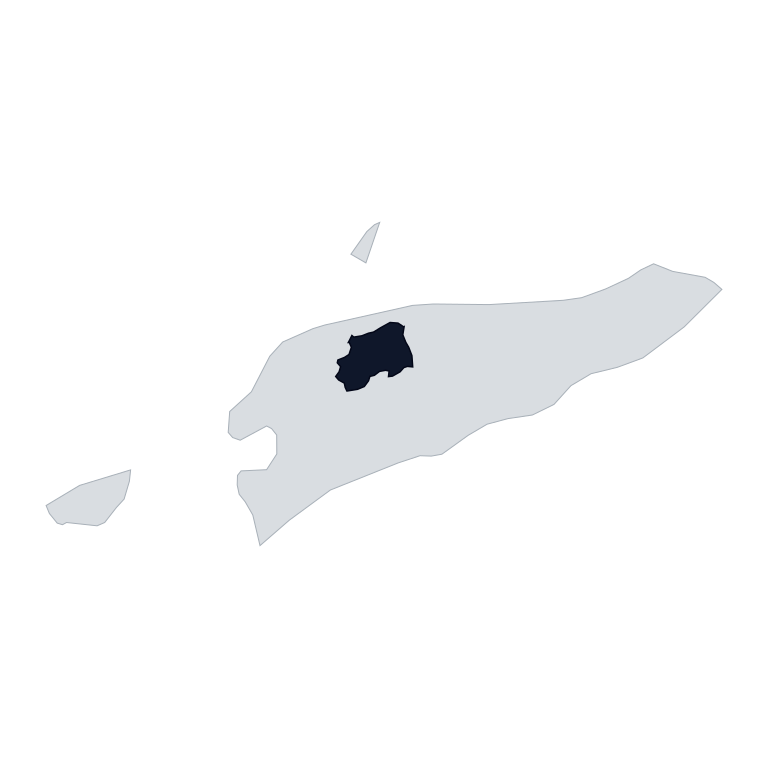 East Timor, with Aileu highlighted
{"feature_id": "TLS-544", "entity_name": "Aileu", "entity_type": "District", "adm_level": 1, "iso_a3": "TLS", "parent_name": "East Timor", "parent_adm1": "", "projection": "robinson", "projection_center": [125.606, -8.71], "detail": "fine", "context": "in_parent", "style": "filled", "palette": "ink", "viewbox_px": 768, "rotation_deg": 0, "n_neighbors": 0, "source": "natural_earth", "source_scale": "10m", "svg_char_len": 1580}
<svg xmlns="http://www.w3.org/2000/svg" viewBox="0 0 768 768"><path d="M260.0,545.6L252.8,515.0L245.2,501.8L239.2,494.3L237.2,485.0L237.5,475.4L241.1,470.9L266.6,469.7L276.8,454.0L276.7,435.0L271.6,428.6L266.6,426.0L240.2,440.2L232.7,437.6L228.2,432.4L229.7,411.5L251.4,391.8L269.8,356.2L282.7,342.0L312.8,328.7L324.9,325.0L412.5,305.4L433.4,304.0L489.0,304.6L563.3,300.3L581.6,297.7L605.5,289.0L628.5,278.3L640.8,269.9L653.6,263.8L672.7,271.4L705.1,277.3L713.8,282.4L721.9,289.4L684.2,326.9L642.9,357.9L617.4,367.3L591.1,373.7L571.0,385.6L554.0,404.4L532.4,415.0L508.0,418.6L487.1,424.2L468.2,435.3L441.9,454.2L431.3,456.1L420.0,455.7L398.2,462.9L330.4,490.0L289.4,520.1L260.0,545.6ZM46.1,505.5L79.6,485.4L130.6,469.9L129.4,481.2L124.1,499.1L116.4,507.5L104.7,522.5L97.1,525.8L66.5,522.5L62.5,524.7L57.2,523.1L49.4,513.5L46.1,505.5ZM379.7,222.4L365.9,262.9L350.9,254.2L366.9,231.5L374.5,224.7L379.7,222.4Z" fill="#d9dde1" stroke="#a8b0b8" stroke-width="1"/><path d="M390.1,322.5L398.0,323.1L403.7,326.9L404.1,326.7L402.8,334.8L405.8,342.3L408.7,347.3L411.9,355.6L412.7,366.9L407.3,366.4L403.8,367.6L400.1,371.8L392.5,376.1L388.5,376.6L389.1,371.0L385.6,370.3L379.5,371.4L376.9,373.4L374.4,375.3L369.9,376.4L368.5,380.8L364.3,386.5L357.6,389.3L347.8,390.9L346.9,391.0L345.2,387.4L344.3,383.1L338.7,380.0L335.7,376.5L339.1,371.8L340.6,366.6L337.3,362.8L337.9,360.0L344.5,357.4L349.0,354.5L351.4,347.3L349.3,342.5L348.3,342.5L349.7,339.9L351.9,335.5L353.8,337.1L361.9,335.8L368.5,333.2L373.5,332.1L380.5,327.8L390.1,322.5Z" fill="#0f172a" stroke="#020617" stroke-width="1.5"/></svg>